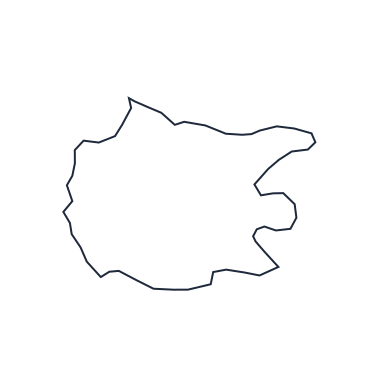 Östra Göinge, Skåne, Sweden, rotated 43°
{"feature_id": "70781695B77141748378348", "entity_name": "Östra Göinge", "entity_type": "district", "adm_level": 2, "iso_a3": "SWE", "parent_name": "Sweden", "parent_adm1": "Skåne", "projection": "equal_earth", "projection_center": [14.184, 56.312], "detail": "fine", "context": "isolated", "style": "outline", "palette": "slate", "viewbox_px": 384, "rotation_deg": 43, "n_neighbors": 0, "source": "geoboundaries", "source_scale": "gbopen_adm2", "svg_char_len": 880}
<svg xmlns="http://www.w3.org/2000/svg" viewBox="0 0 384 384"><g transform="rotate(43 192 192)"><path d="M111.5,294.3L123.8,297.9L132.8,304.9L148.3,308.5L162.6,314.7L183.3,316.4L185.9,306.7L192.3,299.6L211.7,294.3L229.8,289.0L245.4,275.8L255.7,266.1L268.6,246.7L262.1,236.1L269.9,225.5L285.4,215.0L298.3,207.0L306.3,187.9L286.0,186.3L272.2,184.8L266.9,182.7L264.8,175.1L268.5,167.9L279.6,162.9L289.1,151.8L285.9,139.6L275.4,130.9L259.5,130.6L252.1,137.8L244.7,147.4L232.5,143.9L232.0,123.1L233.6,109.1L237.3,94.4L247.8,81.9L248.3,71.5L239.4,67.6L223.5,75.8L209.2,86.2L199.7,100.8L196.0,109.1L189.7,115.9L177.0,126.3L156.4,134.2L138.4,146.0L133.6,154.6L115.6,155.0L101.9,160.0L88.6,164.7L81.9,166.4L90.2,172.1L95.1,190.7L97.6,203.6L90.1,219.4L77.7,228.4L77.7,241.3L86.8,250.9L93.4,261.7L95.9,272.4L110.7,280.3L111.5,294.3Z" fill="none" stroke="#1e293b" stroke-width="2"/></g></svg>